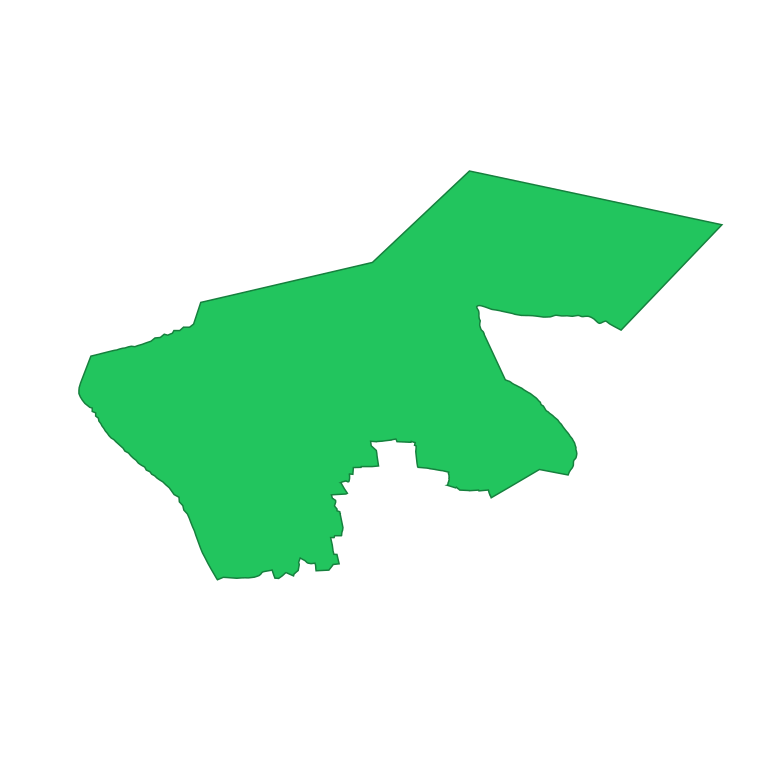 outline of Veere, Zeeland, Netherlands, rotated 12°
{"feature_id": "6326949B71921166023383", "entity_name": "Veere", "entity_type": "district", "adm_level": 2, "iso_a3": "NLD", "parent_name": "Netherlands", "parent_adm1": "Zeeland", "projection": "natural_earth1", "projection_center": [3.598, 51.556], "detail": "fine", "context": "isolated", "style": "filled", "palette": "green", "viewbox_px": 768, "rotation_deg": 12, "n_neighbors": 0, "source": "geoboundaries", "source_scale": "gbopen_adm2", "svg_char_len": 6054}
<svg xmlns="http://www.w3.org/2000/svg" viewBox="0 0 768 768"><g transform="rotate(12 384 384)"><path d="M583.0,434.7L583.4,432.3L583.5,431.7L584.0,430.3L584.4,429.2L585.4,427.3L585.7,426.4L586.0,425.2L586.1,424.5L586.1,423.9L585.7,421.8L585.5,420.5L585.6,419.2L585.8,418.7L586.6,417.5L587.1,416.4L587.2,415.4L587.2,414.0L587.1,412.1L586.4,410.2L585.2,407.9L585.1,407.3L585.1,406.6L584.7,405.7L583.7,404.1L582.9,402.5L582.6,402.0L582.2,401.5L580.5,399.7L579.8,398.7L578.4,397.5L576.9,396.4L575.9,395.3L574.4,393.9L571.4,391.6L567.9,388.6L565.8,386.5L565.5,386.3L564.2,385.5L563.5,385.0L561.5,383.1L560.4,382.5L557.7,381.1L556.7,380.5L555.8,379.9L555.0,379.5L553.2,378.7L552.2,378.3L550.3,377.1L548.7,376.6L548.3,376.4L547.9,376.1L547.3,375.5L545.2,373.2L544.4,372.4L542.6,371.8L542.1,371.5L541.8,371.3L541.6,371.0L540.9,369.7L540.6,369.3L538.7,368.2L538.0,367.7L537.5,367.2L536.6,366.6L535.5,365.9L533.0,364.8L530.4,363.5L528.8,362.8L526.9,362.3L522.3,360.7L519.9,359.6L519.4,359.4L518.4,359.2L515.3,358.4L513.7,357.9L511.8,357.5L510.8,357.2L508.8,356.5L508.2,356.1L507.1,355.7L506.2,355.3L505.5,355.3L501.8,354.7L471.8,314.9L471.7,314.4L470.9,313.2L470.4,312.5L469.8,312.0L468.1,311.0L467.8,310.7L467.3,310.1L465.5,307.0L465.1,305.0L465.0,302.7L465.0,302.2L463.6,300.3L463.1,299.0L462.6,297.4L462.3,295.6L461.8,293.9L461.2,292.6L459.7,291.0L459.2,290.3L458.9,289.9L458.7,289.5L458.6,289.3L458.6,289.1L458.9,288.6L459.5,288.0L459.9,287.8L461.1,287.4L462.0,287.3L463.5,287.3L466.8,287.6L470.5,288.1L473.1,288.5L473.5,288.5L474.1,288.6L478.6,288.3L479.8,288.3L482.5,288.2L483.7,288.3L485.7,288.3L490.8,288.3L494.9,288.3L497.5,288.6L500.3,288.5L504.4,288.3L505.7,288.0L507.0,287.8L510.9,287.0L515.1,286.3L519.1,285.9L523.0,285.6L526.0,285.4L527.8,285.0L532.1,283.9L533.0,283.6L533.9,283.1L535.6,282.1L536.8,281.4L537.3,281.2L538.1,280.9L543.5,280.5L545.0,280.2L548.9,279.2L552.6,278.8L554.2,278.6L559.4,276.6L560.2,276.5L560.9,276.5L562.3,276.8L563.6,276.9L564.7,276.7L566.3,276.1L568.6,275.5L570.1,275.3L571.8,275.5L572.9,275.7L574.4,276.2L575.8,276.7L579.8,279.1L580.8,279.6L581.6,279.8L582.0,279.8L582.4,279.8L583.5,279.2L583.9,279.0L584.9,278.1L585.9,277.4L587.2,276.6L587.5,276.4L588.0,276.4L588.5,276.5L590.8,277.6L592.0,278.2L593.5,278.7L597.4,279.9L604.7,282.0L681.4,158.0L423.3,157.9L347.4,267.5L187.8,342.3L185.3,365.0L182.0,368.9L176.1,370.1L173.1,374.2L167.4,375.4L166.5,378.3L164.4,379.7L162.4,381.2L158.7,381.0L155.5,385.0L150.4,386.6L147.2,390.6L142.8,393.2L139.2,395.5L134.9,397.8L132.6,399.3L129.0,399.6L126.1,400.9L123.2,402.6L120.6,403.5L117.8,404.9L115.5,406.3L113.1,407.2L108.3,409.5L91.5,417.7L87.0,446.0L86.6,450.9L86.9,453.5L87.6,456.8L89.7,459.8L92.4,462.6L95.5,465.2L101.1,468.0L103.6,468.2L104.3,471.5L108.0,472.2L108.6,475.3L111.7,476.8L112.8,479.5L115.2,481.6L116.9,483.7L119.2,485.7L121.2,487.9L123.7,489.8L125.7,491.7L128.3,493.5L131.4,494.6L133.7,496.2L136.0,497.5L142.2,501.1L144.5,503.5L148.4,504.6L151.2,506.8L154.3,508.7L157.4,510.2L160.2,512.5L163.6,513.9L167.2,515.0L169.4,517.6L173.3,518.5L175.5,520.5L178.8,521.5L181.5,523.2L184.6,524.5L188.0,525.7L191.6,528.0L195.5,530.1L201.7,535.8L207.0,537.4L208.3,541.8L212.5,544.8L214.4,548.9L218.7,552.0L221.4,555.7L223.8,559.5L226.4,563.4L229.1,567.1L231.4,571.1L238.6,582.6L241.6,587.0L245.3,591.4L249.1,596.1L253.1,600.7L261.1,609.5L261.8,610.1L267.0,606.5L270.3,606.0L280.4,604.6L285.2,603.2L289.4,602.2L289.9,602.2L291.8,601.8L297.4,599.9L300.3,598.2L301.7,597.3L302.1,596.8L303.0,595.6L303.2,595.2L303.5,594.4L304.1,593.4L304.8,592.9L305.5,592.5L308.6,591.2L312.1,589.8L313.2,589.2L316.0,594.0L317.5,596.2L317.4,596.3L317.5,596.5L317.8,596.5L318.3,596.5L318.3,596.4L321.4,596.1L321.6,595.8L321.9,595.5L324.4,592.8L327.1,589.0L327.3,588.6L327.3,588.8L335.4,590.5L335.5,588.7L337.2,586.3L338.8,584.3L338.7,579.3L338.6,578.1L338.3,577.5L337.7,576.5L337.6,576.3L338.1,572.1L338.2,571.6L339.0,571.9L343.4,573.2L344.0,573.5L345.6,574.6L346.3,574.8L346.9,575.0L350.0,574.9L352.6,574.0L353.7,573.6L354.5,575.0L354.9,575.9L355.8,579.1L356.4,580.8L368.8,577.5L371.4,572.2L371.8,571.1L377.5,569.2L373.4,560.5L370.4,561.0L368.5,557.1L368.5,556.8L368.4,556.5L366.9,552.3L363.7,545.3L364.9,545.0L366.0,544.9L367.1,544.6L367.2,544.3L367.2,542.8L367.4,542.6L373.6,541.3L373.9,541.2L374.0,540.9L373.7,538.7L373.7,536.9L373.9,536.0L373.7,533.0L368.2,520.4L368.2,520.2L368.2,519.8L367.8,519.5L367.6,519.1L367.5,518.4L367.3,518.2L367.0,518.1L365.6,517.9L364.8,517.9L364.6,517.9L364.4,517.6L364.2,517.3L364.1,516.7L364.1,516.2L363.9,516.0L363.6,515.7L362.8,515.1L362.3,514.7L361.0,513.7L360.9,513.5L361.3,509.6L361.0,508.4L360.8,507.9L360.4,507.7L359.1,507.3L358.4,506.8L357.7,506.7L357.4,506.6L357.1,506.2L355.6,503.4L357.5,502.8L369.3,499.6L370.1,499.2L370.9,498.5L367.0,494.7L362.7,489.9L362.3,489.5L362.2,489.5L364.1,488.1L364.7,487.9L365.3,487.6L365.8,487.2L366.5,486.9L366.5,487.0L367.4,486.9L369.1,487.2L369.8,486.9L370.0,486.4L370.0,484.0L369.9,483.2L369.7,482.1L369.1,479.9L369.0,479.3L368.9,479.3L368.9,479.2L372.3,478.8L371.4,472.1L378.9,470.3L378.9,469.5L389.7,467.2L395.7,465.3L392.1,455.7L391.4,453.4L390.3,450.6L384.5,447.2L384.3,447.0L382.8,442.8L388.8,442.0L389.2,441.7L394.1,440.3L397.1,439.2L402.5,437.4L402.4,437.3L403.5,436.8L405.2,436.1L406.9,435.4L407.2,435.4L407.3,435.5L408.7,437.7L422.5,435.4L422.4,434.5L422.6,434.4L424.5,434.7L426.7,434.8L426.6,437.3L426.6,437.6L427.4,437.7L427.8,437.7L428.2,437.9L428.3,438.0L428.6,439.3L429.0,442.3L429.0,442.7L429.1,443.4L429.8,445.6L432.8,454.7L434.3,458.4L434.1,458.5L443.6,457.3L446.7,457.2L446.7,457.3L449.5,457.1L452.1,456.9L452.1,457.0L458.0,456.8L458.9,456.6L465.7,456.8L465.6,457.6L465.6,458.1L465.8,458.5L466.5,459.5L466.7,460.6L467.3,461.9L467.0,462.5L467.5,463.6L467.6,464.0L467.5,464.8L467.6,465.8L467.3,466.7L467.3,468.7L467.1,469.8L466.9,469.9L475.7,470.7L476.2,469.9L478.1,471.0L478.5,471.0L480.1,472.0L490.1,470.4L490.1,470.5L498.6,468.1L499.1,468.8L508.1,466.0L509.4,468.5L510.9,470.9L511.1,470.8L512.5,473.0L528.7,458.3L553.8,435.3L583.0,434.7Z" fill="#22c55e" stroke="#15803d" stroke-width="1.5"/></g></svg>